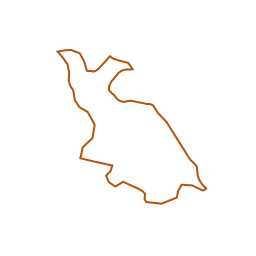 the Province of Barahona, rotated 296°
{"feature_id": "DOM-1970", "entity_name": "Barahona", "entity_type": "Province", "adm_level": 1, "iso_a3": "DOM", "parent_name": "Dominican Republic", "parent_adm1": "", "projection": "robinson", "projection_center": [-71.169, 18.186], "detail": "fine", "context": "isolated", "style": "outline", "palette": "amber", "viewbox_px": 256, "rotation_deg": 296, "n_neighbors": 0, "source": "natural_earth", "source_scale": "10m", "svg_char_len": 1132}
<svg xmlns="http://www.w3.org/2000/svg" viewBox="0 0 256 256"><g transform="rotate(296 128 128)"><path d="M182.9,106.4L181.3,104.1L180.0,101.2L178.4,98.7L175.8,96.6L173.2,95.3L162.4,92.7L157.5,92.6L153.6,94.3L152.0,98.7L151.5,101.1L149.3,105.3L148.8,108.4L149.3,112.1L150.5,114.1L152.1,115.9L153.9,119.0L157.9,134.5L159.2,137.2L159.3,140.6L154.5,148.6L150.3,160.0L126.9,197.6L124.8,204.1L123.8,206.4L121.4,208.1L116.5,211.0L113.5,213.8L111.3,216.6L109.6,220.0L108.0,224.7L106.2,224.0L105.5,223.5L104.8,222.9L104.7,222.8L104.6,222.1L104.6,211.1L100.6,201.1L93.2,200.7L86.9,202.4L74.7,191.3L69.4,176.8L71.1,174.2L73.7,173.2L76.2,172.1L77.5,169.1L78.0,164.0L77.8,158.8L77.5,147.2L69.8,142.3L70.9,134.6L75.5,129.3L81.7,131.2L87.4,130.4L83.6,114.7L79.9,98.4L90.9,95.8L103.4,100.5L116.4,96.6L124.7,84.7L125.4,75.4L129.7,68.0L133.9,65.1L137.9,62.1L140.7,57.4L144.7,53.8L152.3,50.8L158.7,45.7L162.6,38.7L165.9,31.3L170.7,38.1L173.2,42.7L174.0,51.8L169.0,58.9L161.4,66.0L162.7,69.3L163.8,72.6L166.2,74.6L169.3,75.9L177.3,78.3L184.5,80.2L183.9,84.3L184.7,90.4L186.6,99.6L182.9,106.4Z" fill="none" stroke="#b45309" stroke-width="2"/></g></svg>